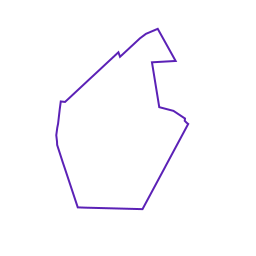 Rio Grande do Piauí, Piauí, Brazil, rotated 224°
{"feature_id": "56859067B48966136379340", "entity_name": "Rio Grande do Piauí", "entity_type": "district", "adm_level": 2, "iso_a3": "BRA", "parent_name": "Brazil", "parent_adm1": "Piauí", "projection": "orthographic", "projection_center": [-43.132, -7.786], "detail": "fine", "context": "isolated", "style": "outline", "palette": "violet", "viewbox_px": 256, "rotation_deg": 224, "n_neighbors": 0, "source": "geoboundaries", "source_scale": "gbopen_adm2", "svg_char_len": 542}
<svg xmlns="http://www.w3.org/2000/svg" viewBox="0 0 256 256"><g transform="rotate(224 128 128)"><path d="M180.5,208.2L181.7,200.9L182.0,195.2L183.2,173.7L187.5,175.8L189.7,135.0L191.4,103.0L194.8,100.4L190.3,94.3L181.2,82.4L179.1,79.1L174.6,73.0L169.5,68.8L167.2,66.6L151.1,58.0L144.7,54.7L109.0,36.0L103.2,41.2L99.5,44.6L61.2,79.7L74.0,125.1L74.6,127.1L87.5,172.7L89.7,172.5L92.2,172.6L93.6,174.4L107.2,171.9L120.0,164.7L121.6,165.9L156.4,191.9L140.3,209.3L175.5,220.0L180.5,208.2Z" fill="none" stroke="#5b21b6" stroke-width="2"/></g></svg>